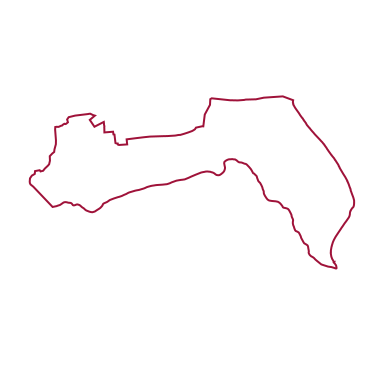 outline of Sukamara, Kalimantan Tengah, Indonesia, rotated 264°
{"feature_id": "22746128B44365111458704", "entity_name": "Sukamara", "entity_type": "district", "adm_level": 2, "iso_a3": "IDN", "parent_name": "Indonesia", "parent_adm1": "Kalimantan Tengah", "projection": "natural_earth1", "projection_center": [111.051, -2.56], "detail": "fine", "context": "isolated", "style": "outline", "palette": "rose", "viewbox_px": 384, "rotation_deg": 264, "n_neighbors": 0, "source": "geoboundaries", "source_scale": "gbopen_adm2", "svg_char_len": 5840}
<svg xmlns="http://www.w3.org/2000/svg" viewBox="0 0 384 384"><g transform="rotate(264 192 192)"><path d="M100.9,327.6L101.0,327.7L101.5,327.8L102.2,327.8L104.0,327.6L104.8,327.1L105.4,326.8L106.1,326.5L106.2,326.4L106.3,326.4L106.5,326.3L106.5,326.2L106.8,326.1L107.0,326.0L107.0,325.9L107.3,325.9L107.5,325.7L107.6,325.8L107.6,325.6L107.8,325.6L108.9,325.3L110.8,324.4L112.8,323.9L113.4,323.8L116.5,323.6L117.3,323.7L117.3,323.8L119.1,324.0L119.3,324.0L122.8,325.0L123.4,325.3L123.9,325.4L127.4,326.9L129.5,328.1L131.7,329.6L131.8,329.7L132.0,329.8L132.9,330.5L135.7,332.8L138.8,335.4L139.3,335.8L139.5,336.0L141.3,337.4L141.4,337.6L144.9,340.5L146.7,342.2L149.7,344.8L150.3,345.3L151.4,346.0L153.0,346.6L154.7,346.9L156.0,347.3L156.7,347.8L156.9,347.8L157.0,348.0L157.6,348.3L158.9,349.4L159.5,350.0L159.9,350.6L160.5,351.1L161.0,351.3L161.7,351.6L161.8,351.6L163.4,352.0L163.9,352.0L164.1,352.0L164.3,352.1L166.2,352.3L166.9,352.3L168.8,352.0L169.9,351.8L173.3,350.9L175.8,350.3L176.8,350.0L177.6,350.0L177.8,350.0L178.2,349.9L178.6,349.9L179.0,349.7L179.6,349.6L180.1,349.4L183.6,348.6L183.8,348.5L184.3,348.3L184.6,348.3L184.9,348.2L185.7,347.9L186.3,347.8L186.4,347.6L186.6,347.6L187.4,347.4L190.8,346.0L194.2,344.3L199.2,342.0L199.4,341.9L199.9,341.7L200.2,341.5L200.5,341.5L200.9,341.3L201.3,341.2L201.7,341.1L202.1,340.8L202.4,340.7L202.7,340.7L202.8,340.6L203.2,340.5L203.9,340.3L206.0,339.2L208.8,337.8L208.9,337.6L209.6,337.3L209.8,337.2L210.1,337.1L210.4,337.0L213.4,335.0L213.9,334.8L214.6,334.2L215.1,334.0L218.4,332.1L219.6,331.5L220.4,331.0L221.5,330.5L222.4,330.1L222.6,329.9L223.3,329.5L224.2,329.0L224.4,329.0L224.7,328.7L225.9,328.1L226.1,328.0L226.2,327.8L228.0,326.7L228.7,326.1L229.5,325.5L230.5,324.8L236.5,320.2L238.6,318.8L239.5,318.1L242.0,316.4L243.1,315.8L243.6,315.3L245.0,314.4L245.4,314.1L246.6,313.3L247.7,312.8L248.6,312.5L249.2,312.1L250.2,311.6L251.5,310.7L252.1,310.6L252.4,310.3L253.8,309.7L254.0,309.4L257.1,307.6L259.2,306.6L262.9,304.5L263.8,304.0L265.1,303.3L266.0,302.9L266.5,302.7L267.9,302.1L268.2,301.9L268.4,302.0L268.9,301.9L269.1,301.9L269.4,301.9L269.6,301.8L269.8,301.9L270.1,301.8L270.3,301.7L271.7,301.9L272.7,302.2L277.6,292.3L278.3,273.3L277.5,265.3L278.3,255.0L278.1,253.6L278.3,247.2L279.3,239.3L283.1,221.4L282.4,219.9L276.8,219.0L267.7,212.8L256.1,210.1L256.3,209.0L255.6,202.7L254.1,201.5L253.6,200.6L253.2,199.8L252.6,198.4L251.6,194.4L251.1,192.1L250.7,190.2L250.0,186.3L250.1,185.0L250.1,184.0L249.9,181.8L249.9,180.6L250.2,173.3L250.6,168.5L251.5,156.0L251.5,149.7L251.4,142.6L251.2,132.5L246.1,132.5L246.4,124.4L246.8,123.4L248.0,123.2L248.0,122.3L248.7,121.0L257.2,120.9L257.5,119.9L260.2,119.8L260.4,111.1L264.9,111.5L265.8,111.5L266.2,111.7L267.0,111.7L268.2,111.5L269.2,111.6L270.9,111.6L267.1,101.8L274.4,97.9L278.1,103.4L278.9,101.5L280.5,99.0L280.5,97.6L280.4,96.8L280.2,83.8L279.3,77.2L277.2,75.4L274.3,75.9L273.0,74.0L272.8,73.0L273.2,72.2L272.4,70.6L271.7,69.8L271.6,68.9L270.7,66.1L271.0,64.1L270.9,62.8L268.3,62.4L257.6,62.1L253.7,61.6L248.8,59.7L246.2,59.1L244.9,57.1L242.5,54.3L238.0,54.0L234.5,52.8L233.2,51.4L230.6,48.0L228.7,46.2L228.3,43.5L229.6,42.8L229.2,38.1L226.4,37.5L225.0,34.4L222.5,32.3L219.4,31.7L217.8,31.7L216.4,32.2L213.9,34.7L191.7,51.8L191.9,53.8L192.1,55.9L192.4,56.9L192.9,59.3L193.7,60.9L194.3,61.9L195.0,63.2L195.2,64.5L195.1,65.5L194.8,66.6L194.3,67.8L193.9,69.9L193.4,70.9L192.4,71.6L191.4,72.2L191.0,73.1L191.2,74.5L191.6,75.7L191.6,76.9L190.8,78.7L190.1,79.5L188.5,80.9L187.9,81.6L187.3,82.4L186.7,83.0L185.7,83.8L184.7,84.9L183.2,87.8L182.6,89.4L182.3,90.8L182.7,93.2L184.1,95.9L184.9,97.6L185.8,99.2L187.1,100.7L187.9,101.5L188.9,102.0L189.6,102.6L190.0,103.5L190.7,105.7L191.1,106.8L192.6,109.4L193.7,113.5L194.6,117.7L194.8,119.1L195.4,121.8L196.2,124.0L196.9,126.4L197.7,128.2L198.1,129.4L198.4,130.9L198.9,133.7L199.2,135.2L199.4,136.7L199.6,139.5L199.9,141.1L200.5,144.3L200.9,145.8L201.5,147.4L201.8,148.8L202.3,151.8L202.4,152.9L202.5,155.1L202.6,156.7L202.6,157.9L202.4,163.2L202.4,166.3L202.4,167.9L202.7,169.4L203.1,171.1L203.7,172.7L204.1,174.4L204.9,177.7L205.1,180.4L205.2,182.2L205.2,183.7L205.3,186.1L206.5,190.2L207.4,192.8L208.8,197.4L210.4,203.1L210.6,204.8L210.7,206.3L210.9,208.1L210.8,209.4L210.4,211.3L210.2,212.3L209.6,213.5L209.4,214.2L209.0,215.0L208.6,215.6L208.0,216.4L207.3,217.0L206.4,218.1L206.0,219.5L205.9,220.4L206.0,221.2L206.4,222.1L206.8,222.9L208.0,224.7L208.7,225.5L209.5,226.2L210.7,226.8L211.8,227.2L213.0,227.4L214.7,227.2L217.2,227.0L218.4,227.3L219.1,228.1L219.8,229.3L220.3,230.6L220.6,231.8L220.6,233.0L220.5,234.3L220.5,235.5L220.0,237.2L219.9,238.2L218.8,239.7L217.7,240.6L217.2,241.2L216.6,242.0L216.2,244.1L215.9,244.9L214.7,247.1L214.3,248.4L213.6,249.3L210.9,251.4L208.5,253.0L207.2,253.6L206.5,253.9L205.8,254.2L204.9,254.5L204.3,254.8L203.8,255.7L202.5,256.7L201.4,257.7L200.8,258.0L199.0,258.3L196.3,259.0L195.6,259.3L193.9,260.7L191.5,261.7L189.4,262.4L187.4,262.7L185.6,263.3L184.9,263.4L183.5,263.3L182.6,263.4L180.7,264.1L178.3,265.3L177.5,265.8L176.7,266.3L176.1,267.0L175.7,267.5L175.4,268.1L175.2,268.8L174.9,269.8L174.6,271.1L174.0,274.2L173.3,276.4L172.4,277.6L171.7,278.3L170.5,279.2L169.2,280.0L168.5,280.4L167.4,280.8L166.9,281.3L166.1,283.7L165.7,284.7L165.0,285.8L164.4,286.2L163.6,286.7L160.9,287.8L158.9,288.5L157.1,288.6L156.1,288.9L154.7,289.4L153.6,289.6L152.8,289.5L151.9,289.2L150.3,289.0L148.4,289.2L146.8,289.7L145.1,290.0L143.1,290.6L142.4,291.1L141.6,292.5L140.7,293.8L139.6,294.4L136.6,295.5L134.9,295.8L130.5,297.6L129.3,298.2L127.6,300.5L126.7,301.4L125.6,301.7L123.6,301.8L122.5,301.9L120.7,302.0L119.7,301.7L118.7,301.8L117.1,302.5L115.6,303.8L114.7,305.2L113.5,306.5L112.1,307.5L110.6,308.9L108.5,311.0L106.5,313.0L105.8,314.5L103.6,319.5L102.7,323.0L101.6,325.6L101.0,326.7L100.9,327.6Z" fill="none" stroke="#9f1239" stroke-width="2"/></g></svg>